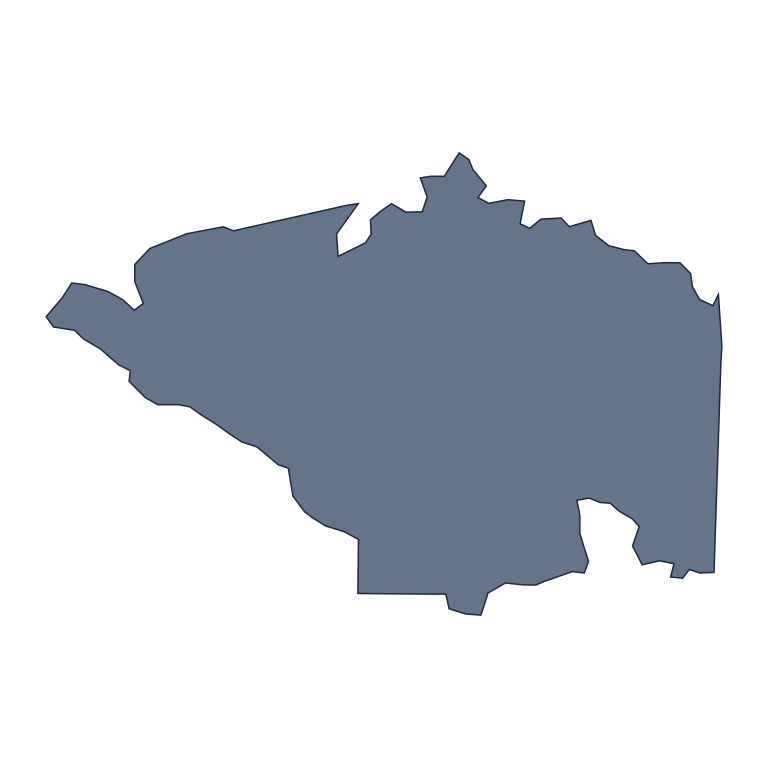 the district of Cruzaltense, Rio Grande do Sul, Brazil
{"feature_id": "56859067B1237322992297", "entity_name": "Cruzaltense", "entity_type": "district", "adm_level": 2, "iso_a3": "BRA", "parent_name": "Brazil", "parent_adm1": "Rio Grande do Sul", "projection": "albers", "projection_center": [-52.651, -27.628], "detail": "fine", "context": "isolated", "style": "filled", "palette": "slate", "viewbox_px": 768, "rotation_deg": 0, "n_neighbors": 0, "source": "geoboundaries", "source_scale": "gbopen_adm2", "svg_char_len": 1540}
<svg xmlns="http://www.w3.org/2000/svg" viewBox="0 0 768 768"><path d="M670.6,577.0L682.7,578.2L689.2,569.5L699.8,573.0L714.0,572.4L720.9,362.4L721.9,346.3L718.4,294.4L712.9,305.7L699.6,299.5L692.5,286.8L690.6,273.6L679.9,262.7L663.5,262.7L647.9,263.8L634.3,250.8L623.6,249.5L608.8,245.7L595.5,235.4L591.0,220.3L569.3,226.7L561.2,218.0L541.0,219.1L529.7,228.3L520.1,223.8L524.6,201.1L508.0,199.7L488.6,203.3L478.0,197.5L486.3,185.9L472.8,169.4L468.9,159.6L459.2,152.9L444.2,176.3L430.9,176.3L420.3,177.9L427.2,197.1L422.2,211.8L406.0,212.2L391.4,203.7L380.5,211.3L370.5,219.8L371.1,234.1L365.5,242.8L338.1,256.4L336.5,234.1L358.2,203.7L345.8,205.5L233.5,230.8L223.4,226.8L186.9,233.7L150.0,248.4L134.7,264.5L134.8,281.7L143.3,303.5L134.2,310.2L122.5,299.5L107.9,291.5L85.0,284.6L71.7,283.0L62.3,297.8L46.1,316.7L53.6,327.0L64.9,328.8L74.5,330.3L83.6,339.0L100.8,349.2L109.9,357.3L118.6,364.8L130.3,370.8L129.1,381.3L145.5,397.8L157.8,404.7L178.9,404.7L190.0,406.9L201.2,414.9L216.8,424.7L228.5,433.2L241.7,441.9L257.1,447.0L278.3,464.8L288.3,468.2L292.9,496.0L304.5,511.7L312.6,517.9L325.5,525.9L344.2,531.7L358.5,539.5L358.3,552.2L357.9,593.5L428.8,594.1L445.9,594.1L449.1,608.8L465.7,614.0L480.9,615.1L488.0,593.0L505.4,583.0L522.5,584.8L535.8,585.0L544.4,581.4L572.3,571.6L584.3,573.0L588.5,561.4L583.9,546.7L579.8,533.3L579.8,515.0L576.9,500.3L589.1,498.1L600.2,502.5L610.2,503.2L618.9,511.0L632.5,519.0L639.2,526.6L632.5,546.0L642.2,564.8L659.4,560.8L674.0,563.7L670.6,577.0Z" fill="#64748b" stroke="#1e293b" stroke-width="1.5"/></svg>